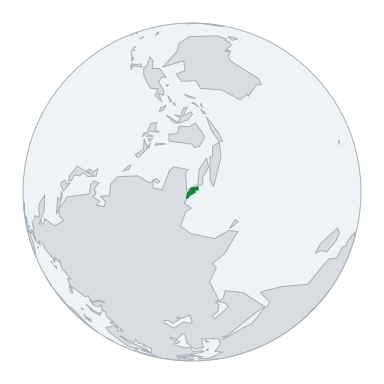 Tanintharyi on an orthographic globe, rotated 231°
{"feature_id": "MMR-3279", "entity_name": "Tanintharyi", "entity_type": "Division", "adm_level": 1, "iso_a3": "MMR", "parent_name": "Myanmar", "parent_adm1": "", "projection": "orthographic", "projection_center": [98.437, 12.445], "detail": "fine", "context": "on_globe", "style": "filled", "palette": "green", "viewbox_px": 384, "rotation_deg": 231, "n_neighbors": 0, "source": "natural_earth", "source_scale": "10m", "svg_char_len": 13294}
<svg xmlns="http://www.w3.org/2000/svg" viewBox="0 0 384 384"><g transform="rotate(231 192 192)"><circle cx="192" cy="192" r="169" fill="#eef3f6" stroke="#a8b0b8"/><path d="M352.6,242.8L352.3,243.9L352.2,244.1L352.6,242.8ZM269.2,41.7L273.5,44.0L267.8,41.0L284.0,50.6L289.7,55.3L280.0,48.1L276.4,46.0L278.6,47.9L275.5,46.3L274.7,46.4L270.7,44.5L265.4,41.0L262.7,39.8L264.4,41.3L261.5,40.8L259.4,38.6L254.1,37.5L244.2,32.7L241.8,30.5L255.8,35.5L269.2,41.7ZM279.0,47.2L277.4,46.2L280.0,47.8L279.0,47.2ZM275.3,46.8L276.7,47.8L275.7,47.5L275.3,46.8ZM268.7,44.4L266.6,44.0L267.8,43.8L268.7,44.4ZM264.8,43.4L259.9,43.0L262.7,44.8L252.0,39.9L259.7,41.6L260.8,40.9L262.2,42.2L264.8,43.4ZM246.9,37.6L244.9,37.1L246.0,37.0L246.9,37.6ZM225.2,26.3L224.0,26.1L223.4,26.0L221.6,25.7L225.2,26.3ZM215.7,24.7L217.4,25.0L214.0,24.5L212.3,24.3L215.7,24.7ZM211.4,24.2L211.2,24.1L210.1,24.0L209.8,24.0L211.4,24.2ZM201.8,23.3L201.7,23.3L201.8,23.3ZM212.5,24.4L218.4,25.2L218.8,25.3L212.5,24.4ZM200.1,23.2L201.1,23.3L199.6,23.2L200.1,23.2ZM208.7,23.9L210.7,24.1L211.0,24.2L208.7,23.9ZM201.6,23.4L200.2,23.3L201.7,23.3L201.6,23.4ZM204.8,23.6L204.7,23.7L203.0,23.4L205.6,23.7L204.8,23.6ZM208.6,24.0L209.5,24.1L207.7,23.9L208.6,24.0ZM196.8,23.5L194.3,23.1L197.5,23.1L199.5,23.4L196.8,23.5ZM56.2,91.5L57.7,92.4L57.0,94.3L51.7,101.3L48.6,114.7L53.7,109.5L56.1,118.3L61.1,120.5L72.0,107.1L64.0,103.1L67.8,95.7L78.3,93.0L86.1,97.5L87.8,94.8L87.2,87.0L93.4,83.4L87.5,84.0L86.6,87.1L82.9,87.8L83.5,85.1L85.7,83.8L84.6,81.7L74.5,89.2L72.6,93.2L67.0,92.2L63.2,99.0L60.1,101.2L65.4,90.7L68.2,87.4L74.5,75.9L71.0,79.1L64.9,90.4L64.8,89.0L60.0,94.3L63.6,89.2L71.2,76.8L69.1,76.8L60.3,86.2L72.8,72.3L72.3,72.9L76.3,69.1L83.3,62.7L82.1,64.0L84.7,61.8L84.5,62.5L90.7,58.7L91.6,59.2L100.3,53.5L101.9,53.2L96.2,56.5L92.8,59.4L95.6,61.9L98.0,61.2L103.4,57.4L103.5,58.9L108.4,55.1L113.0,55.5L111.4,52.1L117.8,48.5L124.0,46.8L125.8,45.2L115.7,48.0L111.9,49.9L109.1,52.3L98.6,57.7L96.3,57.9L106.2,50.5L104.0,50.3L112.7,45.3L134.7,39.5L140.7,39.8L137.4,47.1L132.5,48.7L131.1,46.6L126.6,51.6L129.7,49.7L129.8,51.2L135.9,48.8L136.2,49.8L141.4,46.0L142.5,47.0L139.2,49.4L149.1,47.4L153.1,49.3L155.2,48.4L156.3,47.0L160.6,50.7L161.9,50.0L161.0,48.4L163.1,46.0L168.5,43.5L169.7,44.9L167.9,46.0L166.0,50.8L161.0,53.9L162.1,54.3L166.6,51.9L169.0,46.1L171.9,44.2L171.5,46.8L171.9,45.7L173.7,45.2L176.6,46.2L177.4,43.4L195.7,38.5L203.2,40.6L200.8,43.0L214.8,42.8L222.2,46.3L221.3,44.7L227.5,44.2L225.3,43.1L225.4,42.3L240.2,42.0L244.6,43.4L250.1,42.6L249.7,41.9L246.7,40.7L252.0,39.9L262.7,44.8L263.1,45.9L269.5,48.6L269.6,51.2L272.6,55.0L268.9,57.0L271.6,60.2L273.9,61.0L279.2,66.4L282.5,75.8L270.1,64.7L263.2,52.4L265.1,56.8L261.8,55.0L260.7,56.2L262.4,59.8L264.3,60.6L252.1,64.0L250.3,74.2L257.5,74.2L262.5,77.9L266.7,92.0L255.2,110.9L261.7,118.2L262.5,122.8L257.6,125.3L256.3,118.6L250.9,115.9L250.9,112.0L242.6,114.6L242.3,109.2L235.9,114.3L238.9,118.8L246.4,118.1L241.0,125.5L249.3,133.7L250.8,143.4L238.7,160.1L225.6,164.9L225.0,168.0L219.5,164.3L212.6,170.2L223.1,188.5L222.9,193.7L211.6,203.1L211.2,199.2L196.8,189.1L194.3,201.4L205.3,212.2L209.0,224.5L200.7,220.4L196.8,209.6L191.7,205.7L192.9,195.0L188.4,178.8L180.0,181.3L180.5,174.9L173.0,161.5L160.8,164.7L141.5,180.1L139.0,196.3L132.3,202.8L123.6,178.3L123.5,162.4L118.0,163.3L111.0,149.0L92.1,145.1L91.5,140.8L87.5,142.0L82.9,136.9L82.9,130.1L79.1,129.6L79.8,147.7L84.1,148.3L90.6,142.9L89.7,149.1L94.4,155.7L81.6,168.5L57.0,176.3L58.2,164.0L58.2,128.6L60.2,125.3L60.4,124.9L60.6,124.1L56.9,129.3L58.1,122.7L54.2,146.3L52.0,156.1L56.6,176.9L55.3,178.5L57.9,183.2L70.5,181.8L69.8,185.8L61.6,202.9L47.3,224.0L51.3,241.8L53.8,256.1L49.5,263.1L54.6,274.5L53.1,277.0L56.1,283.3L57.6,288.8L58.2,293.1L54.3,289.8L50.3,283.9L42.6,271.0L38.2,261.9L33.6,250.7L29.7,239.1L27.4,229.6L25.5,219.6L23.1,195.4L23.3,184.0L23.6,178.3L23.6,178.2L25.2,164.9L27.9,151.8L31.6,138.9L36.3,126.3L42.0,114.2L48.7,102.5L56.2,91.5ZM90.6,110.2L97.6,112.9L100.8,103.3L103.8,103.7L103.8,100.5L101.0,102.6L102.0,94.2L107.3,92.8L109.7,89.1L107.5,88.1L97.5,92.2L96.1,104.0L91.8,107.0L90.6,110.2ZM97.7,51.8L99.2,50.9L97.0,52.4L93.9,54.5L93.3,54.8L97.7,51.8ZM94.6,54.3L104.8,47.6L105.8,47.4L103.5,48.5L103.2,49.1L99.4,51.2L90.4,58.1L87.1,60.5L87.1,59.6L88.9,58.3L90.9,56.7L94.6,54.3ZM132.2,34.0L129.8,35.1L126.1,36.6L125.0,36.9L132.2,34.0ZM183.6,23.2L182.6,23.3L187.0,23.1L183.5,23.4L185.2,23.4L183.5,23.9L177.2,24.5L179.6,24.5L178.4,25.2L173.3,26.1L174.5,25.3L168.1,27.0L166.7,26.5L166.0,26.7L162.9,26.8L158.1,27.5L158.2,27.3L156.2,27.7L154.2,28.0L151.5,28.6L150.8,28.4L147.6,29.2L149.1,28.7L143.6,30.3L147.4,29.1L145.1,29.7L142.7,30.5L143.2,30.2L156.5,26.8L170.0,24.5L183.6,23.2ZM196.1,23.1L194.2,23.1L195.8,23.1L193.9,23.1L194.7,23.3L192.1,23.3L196.1,23.6L189.0,23.9L184.7,24.0L189.5,23.1L188.4,23.1L189.6,23.1L196.1,23.1ZM59.4,92.2L59.5,93.0L60.3,93.4L57.3,97.0L59.4,92.2ZM64.4,83.7L64.9,83.7L61.1,88.4L61.0,87.8L64.4,83.7ZM68.5,79.9L65.2,83.3L66.9,81.1L68.5,79.9ZM97.1,56.5L98.0,56.4L96.8,57.4L94.8,58.5L97.1,56.5ZM153.9,32.6L155.2,31.7L156.3,31.6L161.7,29.9L163.1,30.4L160.5,31.6L153.9,32.6ZM68.8,108.8L65.4,110.8L65.5,109.2L66.7,108.8L68.8,108.8ZM59.6,103.5L60.2,106.4L58.8,104.4L59.6,103.5ZM156.4,32.9L158.4,32.1L157.9,32.9L156.4,32.9ZM164.5,30.8L164.4,31.5L163.9,30.3L164.5,30.8ZM137.0,336.8L140.4,338.6L138.0,338.4L137.0,336.8ZM70.9,258.9L72.4,282.2L67.5,280.9L63.4,273.2L60.8,258.6L65.4,255.9L66.8,249.7L70.9,258.9ZM250.4,253.0L255.2,253.7L255.0,254.5L250.4,253.0ZM245.4,250.4L251.0,250.6L244.4,252.0L245.4,250.4ZM253.2,250.8L258.8,249.3L261.3,248.0L260.8,249.6L253.2,250.8ZM241.6,250.4L220.6,249.8L212.2,247.6L214.3,244.8L227.8,245.9L241.6,250.4ZM213.6,244.7L200.7,236.4L182.8,212.4L189.2,213.2L207.9,227.9L206.7,230.3L214.5,236.8L213.6,244.7ZM244.5,230.9L243.3,238.1L231.7,237.3L226.5,236.0L222.8,226.6L224.9,221.9L229.2,222.2L245.8,206.3L251.6,210.3L246.6,217.1L251.3,223.5L244.5,230.9ZM139.8,197.9L143.5,208.0L139.8,209.3L139.8,197.9ZM252.2,195.1L245.7,202.1L251.6,192.8L252.2,195.1ZM255.5,186.3L256.1,189.9L253.3,186.4L255.5,186.3ZM225.0,172.9L220.4,173.6L220.2,171.1L225.9,168.8L225.0,172.9ZM251.8,151.8L252.2,159.0L251.5,161.5L249.2,157.1L251.8,151.8ZM171.7,39.2L162.7,40.7L157.1,42.8L155.5,45.3L153.9,42.7L162.4,39.4L171.7,39.2ZM192.6,38.3L194.0,36.6L196.0,37.3L196.0,37.8L192.6,38.3ZM191.6,37.3L188.4,35.4L190.9,34.5L192.9,36.1L191.6,37.3ZM172.1,33.2L169.3,33.5L169.8,32.8L172.1,33.2ZM314.4,307.9L314.2,308.6L309.5,313.3L303.9,318.3L300.6,320.5L314.4,307.9ZM282.4,323.5L284.6,318.7L289.7,317.7L285.6,322.2L282.4,323.5ZM318.1,304.1L322.4,299.0L326.3,293.3L323.1,298.3L323.7,297.8L314.8,307.9L318.1,304.1ZM270.2,304.3L238.4,314.9L231.9,313.6L234.7,309.3L231.0,296.2L233.2,296.5L233.2,287.5L252.7,279.3L267.0,263.9L276.5,264.7L284.5,253.5L293.9,254.0L290.4,262.8L299.2,268.1L307.5,248.2L310.7,268.7L315.6,275.5L314.3,288.1L297.1,310.2L289.3,314.9L288.9,313.1L285.4,315.4L281.4,314.9L281.2,308.3L277.7,310.6L282.0,305.3L276.5,310.1L275.3,305.8L270.2,304.3ZM336.5,262.8L337.3,263.2L337.8,266.5L336.6,266.2L336.5,262.8ZM350.4,247.8L350.2,249.3L349.6,250.1L350.4,247.8ZM352.2,244.1L351.5,245.2L352.6,242.8L352.2,244.1ZM343.5,249.9L343.7,251.0L343.2,251.6L343.5,249.9ZM343.2,249.5L344.1,247.3L343.7,249.4L343.2,249.5ZM340.2,239.1L340.9,237.9L341.1,238.7L340.2,239.1ZM262.3,253.8L269.2,248.1L272.8,247.6L262.3,253.8ZM339.5,236.9L338.0,236.9L338.2,235.8L339.5,236.9ZM339.9,234.3L339.8,232.7L340.5,236.3L339.9,234.3ZM337.0,231.1L338.8,233.7L336.8,231.5L337.0,231.1ZM335.8,231.6L334.4,230.6L334.5,230.1L335.8,231.6ZM317.7,235.3L323.3,244.2L318.4,244.3L313.1,238.8L308.2,244.5L297.6,244.1L300.2,240.6L299.0,235.5L287.6,233.7L285.3,230.4L289.5,228.1L281.7,225.5L290.2,223.9L293.6,230.7L298.3,225.2L306.2,226.3L313.6,228.3L319.2,233.1L317.7,235.3ZM290.0,239.1L291.4,239.0L290.1,241.1L290.0,239.1ZM331.6,227.0L333.7,230.2L333.4,231.0L332.3,230.6L331.6,227.0ZM320.6,231.9L326.8,225.8L328.1,225.8L324.0,232.5L320.6,231.9ZM325.4,222.2L328.1,222.8L329.5,225.9L328.9,226.8L325.4,222.2ZM272.7,232.9L272.3,234.9L270.0,233.4L272.7,232.9ZM275.6,231.8L282.3,233.8L275.0,233.4L275.6,231.8ZM254.6,225.1L256.6,229.7L263.1,226.8L258.2,231.0L262.5,238.4L260.9,241.3L256.7,233.2L255.0,241.5L252.1,241.3L250.6,234.2L253.6,225.5L256.5,221.9L268.2,220.4L254.6,225.1ZM275.6,226.2L273.8,220.9L275.1,217.4L277.1,220.2L275.6,226.2ZM268.2,208.3L263.2,202.2L258.8,204.5L267.5,196.0L271.0,203.2L268.2,208.3ZM263.7,194.9L259.6,197.0L263.7,192.1L263.7,194.9ZM258.4,194.9L257.8,190.7L261.1,191.3L258.4,194.9ZM265.9,195.1L266.3,187.9L268.2,192.1L265.9,195.1ZM255.9,181.3L263.4,188.2L254.0,185.2L252.7,171.6L256.7,171.3L255.9,181.3ZM272.7,128.1L271.3,124.5L274.6,123.7L274.6,126.4L272.7,128.1ZM284.1,119.2L275.0,122.4L267.5,125.5L270.2,127.2L269.3,133.3L264.7,127.5L269.3,120.9L275.2,119.7L275.3,114.7L279.1,111.5L277.0,105.4L278.4,102.9L282.1,108.3L284.1,119.2ZM275.8,102.9L273.5,92.7L280.1,94.4L282.1,97.0L280.4,100.8L277.0,99.7L275.8,102.9ZM274.9,90.9L271.6,89.8L261.2,75.6L260.6,73.1L272.1,84.1L269.5,83.8L270.9,87.2L274.9,90.9ZM245.9,37.9L245.0,37.2L246.9,37.9L245.9,37.9ZM224.0,41.7L224.4,40.8L226.6,41.5L224.0,41.7ZM226.7,38.9L224.0,38.8L226.4,38.3L226.7,38.9ZM217.9,38.8L222.6,38.5L218.8,39.7L217.9,38.8Z" fill="#d9dde1" stroke="#a8b0b8" stroke-width="1"/><path d="M191.3,184.5L191.4,185.0L191.6,185.3L191.9,185.6L192.3,186.3L192.5,186.5L192.8,186.6L192.9,186.8L193.2,187.1L193.4,187.2L193.5,187.3L193.6,187.6L193.9,187.8L193.9,188.1L194.0,188.3L194.0,188.6L194.2,189.1L194.2,189.4L194.1,189.5L194.1,189.8L193.9,189.8L193.9,190.2L194.1,190.4L194.1,190.6L194.1,190.9L194.2,191.0L194.3,191.2L194.4,191.3L194.8,191.6L194.8,191.8L194.7,191.9L195.0,192.8L194.9,192.9L195.2,192.9L195.1,193.2L195.3,193.4L195.2,193.7L195.4,193.8L195.4,194.1L195.2,194.4L194.9,194.4L194.9,194.8L194.7,194.9L194.7,195.1L194.3,195.7L194.2,195.9L193.9,196.3L193.6,196.4L193.6,196.8L193.3,196.8L193.2,196.9L193.1,197.0L192.9,197.4L193.0,197.5L192.9,198.2L192.8,198.3L192.8,198.5L192.3,199.2L192.2,199.1L192.2,198.8L192.2,198.6L192.3,198.1L192.2,197.9L192.2,197.6L192.1,197.4L192.1,197.1L192.3,197.2L192.2,197.0L192.3,197.0L192.5,196.8L192.5,196.7L192.4,196.7L192.6,196.5L192.8,196.5L192.8,196.3L192.7,196.2L192.8,196.1L192.7,196.0L192.6,195.9L192.8,195.8L192.9,195.5L192.8,195.2L193.0,194.9L192.9,194.7L192.9,194.4L193.1,194.3L193.1,194.2L193.3,194.2L193.1,194.1L193.1,193.8L193.1,193.7L193.1,193.8L193.0,194.0L192.9,194.0L192.7,194.2L192.6,193.9L192.7,193.7L192.8,193.7L192.7,193.6L192.3,193.7L192.7,193.5L192.7,193.4L192.8,193.4L192.8,193.2L192.7,193.1L192.6,192.9L192.8,192.7L192.7,192.6L192.4,192.7L192.7,192.4L192.8,192.3L192.5,192.0L192.5,191.9L192.8,191.8L192.6,191.7L192.7,191.3L192.7,191.2L192.6,190.7L192.4,190.6L192.5,190.5L192.4,190.3L192.4,189.8L192.2,189.6L192.1,189.3L192.1,189.1L191.9,189.0L192.0,188.9L191.7,188.6L191.6,188.3L191.4,188.3L191.5,187.9L191.4,187.7L191.4,187.4L191.3,187.2L191.3,187.4L191.3,187.5L191.3,187.8L191.3,188.2L191.3,188.4L191.2,188.6L191.3,188.8L191.2,188.8L191.2,188.7L191.2,188.8L191.1,188.6L191.2,188.4L191.1,188.2L191.1,187.7L190.9,187.4L191.1,187.1L191.0,186.9L190.9,186.7L190.7,186.4L190.7,186.2L190.8,186.0L190.7,186.1L190.5,185.7L190.4,185.5L190.4,185.4L190.5,185.3L190.7,185.5L190.8,185.5L190.7,185.3L190.8,185.3L190.7,185.2L190.4,185.3L190.2,184.8L190.3,184.6L190.5,184.2L190.8,184.2L191.0,184.5L191.3,184.5ZM192.1,191.6L192.1,192.0L191.7,192.4L191.7,192.0L191.6,191.9L191.6,191.5L191.6,191.3L191.9,191.4L191.9,191.6L192.0,191.7L192.1,191.6ZM192.3,193.9L192.3,194.0L192.3,194.4L192.3,194.5L192.1,194.5L191.9,194.5L191.9,194.4L191.8,194.2L191.8,193.9L192.3,193.9ZM191.5,193.9L191.6,194.0L191.6,194.8L191.4,194.8L191.2,194.9L191.3,194.8L191.3,194.7L191.4,194.4L191.5,193.9ZM192.4,193.3L192.6,193.5L192.4,193.5L192.2,193.6L192.1,193.3L192.0,193.0L192.2,193.3L192.4,193.3ZM191.5,196.7L191.5,196.9L191.6,197.0L191.4,197.1L191.5,197.0L191.4,196.9L191.3,196.6L191.2,196.6L191.1,196.3L191.3,196.4L191.4,196.6L191.5,196.7ZM191.6,199.1L191.4,199.3L191.2,199.4L191.1,199.7L191.1,199.3L191.4,199.0L191.6,199.1ZM190.9,192.2L190.9,192.3L190.7,192.5L190.7,192.4L190.6,192.2L190.8,192.1L190.9,192.3L191.0,192.1L190.9,192.2ZM191.6,190.1L191.6,190.3L191.6,190.6L191.4,190.0L191.5,189.7L191.5,189.8L191.6,190.1ZM191.0,192.8L191.1,192.7L191.1,192.9L190.9,192.7L191.1,192.5L191.0,192.8ZM190.9,194.2L191.0,194.4L190.8,194.2L190.7,193.8L190.8,193.7L190.8,193.9L190.9,194.0L191.0,194.1L190.9,194.2ZM192.3,196.3L192.2,196.4L192.3,196.0L192.3,196.4L192.3,196.3ZM191.3,198.9L191.2,198.8L191.3,198.6L191.4,198.8L191.3,199.1L191.3,198.9ZM192.2,196.6L192.3,196.7L192.3,196.8L192.2,196.9L192.3,196.8L192.2,196.8L192.2,196.6ZM192.2,191.9L192.2,192.1L192.2,191.8L192.2,191.9ZM191.5,191.6L191.6,191.8L191.4,191.8L191.4,191.7L191.5,191.6ZM190.4,196.7L190.5,196.5L190.4,196.7ZM191.5,195.5L191.4,195.5L191.5,195.4L191.5,195.5ZM190.5,197.7L190.4,197.8L190.5,197.8L190.5,198.0L190.4,198.0L190.5,197.9L190.4,197.8L190.5,197.7ZM190.9,199.8L190.8,199.7L190.9,199.8ZM189.8,193.6L189.8,193.8L189.7,193.8L189.7,193.7L189.8,193.6ZM191.4,197.6L191.3,197.8L191.3,197.7L191.4,197.6ZM191.5,193.5L191.4,193.5L191.4,193.4L191.5,193.4L191.5,193.5ZM190.2,191.6L190.3,191.6L190.2,191.6ZM190.5,187.8L190.5,188.1L190.5,187.8ZM190.3,191.0L190.3,190.9L190.4,191.0L190.3,191.0ZM189.2,194.0L189.2,193.9L189.2,194.0Z" fill="#22c55e" stroke="#15803d" stroke-width="1.5"/></g></svg>